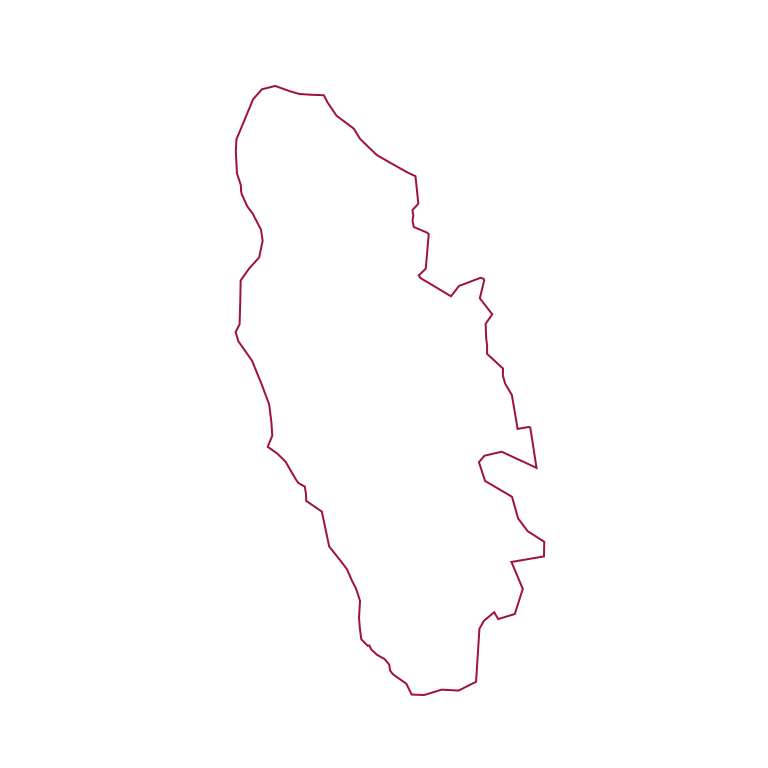 Agaie, Niger, Nigeria, rotated 166°
{"feature_id": "59680162B6425058524044", "entity_name": "Agaie", "entity_type": "district", "adm_level": 2, "iso_a3": "NGA", "parent_name": "Nigeria", "parent_adm1": "Niger", "projection": "natural_earth1", "projection_center": [6.472, 8.942], "detail": "fine", "context": "isolated", "style": "outline", "palette": "rose", "viewbox_px": 768, "rotation_deg": 166, "n_neighbors": 0, "source": "geoboundaries", "source_scale": "gbopen_adm2", "svg_char_len": 2572}
<svg xmlns="http://www.w3.org/2000/svg" viewBox="0 0 768 768"><g transform="rotate(166 384 384)"><path d="M372.5,678.7L372.8,678.8L386.7,682.9L387.0,683.0L387.3,683.1L395.6,685.8L395.9,685.9L396.2,686.0L404.8,691.0L417.1,699.3L417.4,699.5L417.7,699.5L420.4,699.5L424.2,699.5L424.8,699.5L428.3,699.5L430.8,699.5L431.1,699.5L431.4,699.3L441.8,692.2L442.1,692.0L442.3,691.7L457.1,671.7L467.8,657.4L468.0,657.1L468.1,656.8L471.6,645.2L471.7,644.9L471.7,644.5L475.6,624.5L475.7,624.2L475.7,623.8L474.8,611.6L476.0,605.8L476.1,602.9L476.1,602.5L476.0,602.2L474.3,592.6L473.7,589.7L473.7,589.4L473.5,589.0L471.9,585.1L470.6,582.1L470.4,581.8L470.3,581.5L466.1,563.8L466.0,563.5L466.0,563.1L466.0,562.9L466.2,561.8L466.3,560.5L466.9,554.4L467.0,553.6L467.1,552.9L467.1,552.7L467.2,552.2L467.3,551.9L471.3,543.7L471.6,543.1L474.3,537.4L474.5,537.1L474.7,536.9L483.3,531.1L486.8,528.8L487.0,528.6L487.3,528.4L497.7,519.4L498.0,519.2L498.1,518.9L501.0,508.1L503.1,500.4L503.2,499.9L508.0,482.9L508.3,482.0L509.6,477.2L509.7,476.8L509.9,476.6L512.2,474.0L515.2,470.5L515.4,470.3L515.4,469.9L515.0,461.2L515.0,460.8L514.9,460.5L509.4,446.3L507.4,441.1L506.7,439.3L506.6,439.0L506.5,438.7L506.4,438.4L502.9,414.1L502.8,413.8L502.8,413.3L501.6,402.5L501.5,401.8L500.4,392.5L500.4,392.1L500.4,391.7L502.4,375.1L502.4,374.7L502.5,374.3L504.8,361.4L504.8,361.0L505.0,360.8L511.7,351.6L512.0,351.2L504.3,342.2L498.3,332.4L492.8,313.3L491.0,308.6L486.9,304.8L485.7,303.7L486.2,296.9L487.7,289.3L475.2,275.2L476.5,239.6L469.6,224.5L465.8,215.7L464.7,213.2L462.7,201.0L460.7,192.6L459.7,179.4L464.8,163.3L466.5,152.9L467.8,141.8L467.7,141.6L466.1,138.9L463.1,133.8L462.4,133.8L461.4,133.8L460.6,129.4L456.2,122.8L449.9,116.9L446.8,110.4L447.4,104.5L445.5,100.1L434.8,87.7L432.3,76.0L420.3,72.5L402.1,73.5L385.8,68.5L366.7,72.8L350.6,123.5L344.3,130.1L332.3,135.9L330.1,128.3L312.7,129.2L298.9,151.6L303.4,180.5L270.5,178.0L266.7,192.1L280.2,206.4L286.4,221.1L287.1,243.6L309.4,265.5L310.8,285.2L304.4,289.7L303.8,290.1L286.2,289.8L256.3,265.7L253.7,294.0L252.6,306.3L254.0,307.3L265.2,308.1L262.6,342.3L266.4,355.2L266.6,363.4L264.8,370.2L276.7,388.3L274.6,396.5L273.9,403.3L270.8,417.9L262.1,425.4L270.3,444.0L261.8,460.1L261.9,462.0L264.6,463.7L287.5,461.0L297.8,452.9L323.0,478.0L324.0,480.9L315.6,485.8L304.4,518.4L305.4,520.3L317.1,529.1L316.9,535.2L314.7,540.7L314.4,545.8L308.0,550.0L307.0,551.1L303.2,578.0L309.5,583.1L324.0,596.7L335.6,607.9L341.5,617.3L348.0,627.8L351.5,639.0L354.6,642.9L365.2,655.8L370.7,671.0L372.5,678.7Z" fill="none" stroke="#9f1239" stroke-width="2"/></g></svg>